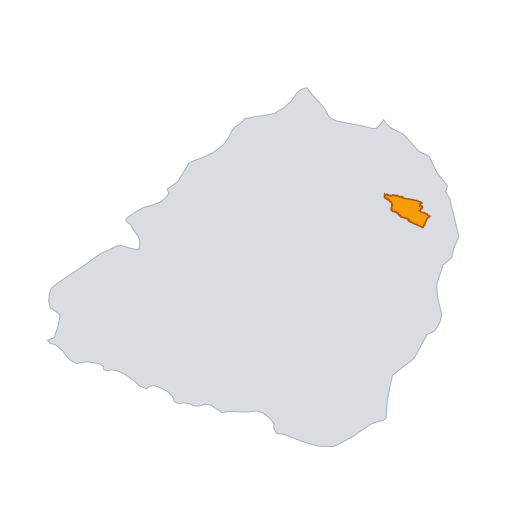 location of Garzon, Maldonado, Uruguay, rotated 281°
{"feature_id": "84410073B70697898104121", "entity_name": "Garzon", "entity_type": "district", "adm_level": 2, "iso_a3": "URY", "parent_name": "Uruguay", "parent_adm1": "Maldonado", "projection": "natural_earth1", "projection_center": [-54.664, -34.23], "detail": "fine", "context": "in_parent", "style": "filled", "palette": "amber", "viewbox_px": 512, "rotation_deg": 281, "n_neighbors": 0, "source": "geoboundaries", "source_scale": "gbopen_adm2", "svg_char_len": 6837}
<svg xmlns="http://www.w3.org/2000/svg" viewBox="0 0 512 512"><g transform="rotate(281 256 256)"><path d="M414.3,355.2L411.1,358.2L407.6,363.9L403.5,377.5L389.7,396.3L386.9,406.9L372.1,417.9L361.8,430.3L355.0,430.0L348.9,435.4L313.7,451.5L301.1,448.5L291.7,448.5L283.0,441.4L263.2,438.8L250.8,441.7L234.1,449.5L229.1,449.4L225.5,449.0L216.5,445.7L211.5,438.8L185.8,430.8L165.0,412.7L140.5,412.3L121.8,414.7L118.9,412.3L117.0,407.7L113.0,400.9L96.7,384.9L83.9,369.0L81.2,353.4L82.8,336.4L86.4,316.2L85.7,309.9L90.3,306.4L95.0,305.6L99.4,300.4L103.4,292.6L104.0,286.6L100.8,275.5L98.5,260.1L95.8,252.4L100.9,240.3L101.0,234.4L98.0,229.2L97.1,223.9L98.4,218.4L98.1,213.2L96.2,208.1L97.6,203.9L102.3,200.6L105.8,195.6L108.1,188.7L109.2,183.5L109.2,179.9L107.8,176.5L104.8,173.4L106.1,167.0L111.7,157.5L115.2,149.1L116.8,141.7L116.7,135.8L114.8,131.3L115.5,128.2L119.0,126.6L120.5,121.8L119.9,110.0L116.2,100.2L118.9,92.4L126.7,83.4L130.7,76.2L131.0,70.7L133.5,67.5L137.3,73.4L148.5,75.0L159.8,75.2L161.6,73.7L165.9,64.0L171.7,61.2L178.1,60.5L185.1,61.0L192.5,67.4L213.5,88.5L228.9,103.2L233.6,110.1L237.6,115.3L240.7,120.1L239.5,132.6L239.7,138.1L240.4,139.7L243.9,139.8L249.1,138.9L253.4,136.2L256.8,132.2L260.2,129.0L262.9,127.2L263.8,124.5L265.4,121.8L267.0,121.2L270.0,123.2L277.2,130.4L282.7,137.0L284.1,140.8L286.3,144.8L288.5,148.2L290.2,151.5L295.5,155.9L301.0,158.7L304.6,155.9L313.9,165.0L334.4,172.6L338.1,177.2L341.6,183.7L348.8,193.6L358.6,202.5L366.6,206.3L374.2,208.4L378.5,210.4L381.4,213.8L386.0,217.5L388.9,218.8L389.9,222.1L392.9,229.3L396.0,238.4L399.4,246.9L406.8,255.0L415.2,261.3L423.8,264.9L428.7,269.3L430.8,273.9L424.9,280.7L418.5,289.3L412.9,296.0L407.1,300.7L405.2,304.0L403.9,309.0L403.9,335.7L403.4,345.6L403.8,348.2L404.6,350.0L408.2,352.6L412.5,354.9L414.3,355.2Z" fill="#d9dde1" stroke="#a8b0b8" stroke-width="1"/><path d="M325.9,382.8L326.0,383.2L325.9,383.3L325.8,383.6L326.0,383.7L325.9,383.8L326.0,383.9L325.9,384.1L325.8,384.7L325.9,384.9L325.7,384.9L325.8,385.1L325.6,385.3L325.9,385.4L325.9,385.6L325.5,385.9L325.3,386.0L325.2,386.3L325.0,386.5L325.1,386.9L325.3,386.9L325.3,387.2L325.1,387.5L324.8,387.5L324.6,387.7L324.2,387.7L323.6,387.9L323.5,388.1L323.6,388.5L323.4,388.8L323.8,389.2L323.6,389.6L323.6,389.8L323.4,389.8L323.2,389.6L322.9,389.7L323.0,389.9L322.8,390.3L322.6,390.5L322.4,390.6L322.3,390.8L322.0,390.9L321.7,391.2L321.8,392.0L322.0,392.2L322.1,392.5L322.1,392.8L322.1,393.0L322.1,393.4L321.9,393.6L321.8,394.0L321.7,394.1L321.7,394.4L321.5,394.5L321.6,395.0L321.8,395.0L321.7,395.6L321.7,395.9L321.7,396.1L321.3,396.8L321.3,397.2L321.6,397.3L321.6,397.5L321.4,397.8L321.4,398.1L321.3,398.4L321.0,398.8L320.9,399.2L320.8,399.5L320.6,399.6L320.4,399.6L320.3,399.4L320.2,399.1L319.9,399.0L319.7,398.7L319.4,399.1L319.4,399.5L319.1,400.0L319.2,400.4L319.1,400.7L319.2,400.9L319.0,401.1L319.1,401.3L318.7,401.6L318.9,402.1L318.7,402.2L318.5,403.1L318.0,404.0L318.2,404.3L317.8,405.1L317.6,405.4L317.6,405.6L317.8,405.8L317.7,406.1L317.7,406.3L317.5,406.7L317.6,407.0L317.5,407.6L317.2,408.3L317.0,409.7L316.8,409.9L316.8,410.5L316.6,410.8L316.4,412.0L316.2,412.4L315.9,412.9L315.8,413.4L316.0,413.5L315.7,414.0L315.8,414.5L316.3,414.8L316.9,414.9L318.2,414.9L318.3,415.0L318.2,415.4L318.4,415.8L319.0,415.8L319.6,415.5L320.2,415.4L321.3,416.0L321.5,416.1L322.8,416.1L323.1,416.4L323.4,416.5L324.3,416.4L326.4,417.7L327.2,418.3L327.7,419.0L328.0,419.1L328.3,419.1L328.4,418.9L328.3,418.1L328.6,418.0L328.7,417.1L328.9,416.8L329.8,416.1L330.0,415.8L329.6,414.9L329.6,414.7L330.2,414.1L330.3,413.7L330.6,413.4L330.8,413.0L330.5,410.9L330.6,410.0L331.2,409.2L331.4,408.5L331.5,408.0L331.4,407.6L331.5,407.5L331.9,408.0L332.1,408.4L333.0,408.9L333.9,408.8L334.0,408.9L334.0,409.4L334.1,409.8L335.1,410.2L335.6,410.3L335.9,410.1L335.9,409.5L336.0,409.5L336.6,409.3L336.9,408.5L336.8,408.2L336.3,407.1L336.6,407.0L337.0,407.4L337.3,407.4L337.5,407.2L337.8,407.3L338.1,407.2L338.5,407.2L338.6,407.5L338.8,407.8L339.0,408.2L339.5,408.9L339.8,408.7L339.8,408.4L340.0,408.0L340.2,407.8L340.4,407.7L340.4,407.4L340.2,407.1L340.3,406.7L340.6,406.6L340.5,406.1L340.7,405.4L340.7,405.2L340.8,405.1L340.9,404.8L341.0,403.9L341.0,403.7L340.9,403.5L340.9,403.4L341.0,403.4L341.0,402.7L341.1,402.4L340.9,402.0L341.1,401.4L340.9,401.0L341.0,400.8L341.1,400.3L341.1,399.7L340.9,399.4L341.2,398.4L341.1,398.1L341.1,397.7L341.0,397.3L341.1,396.2L340.8,395.7L340.8,395.4L341.1,395.1L341.2,394.7L341.1,394.4L340.9,393.7L340.8,393.3L340.9,392.5L340.8,391.9L340.8,391.6L341.0,391.5L341.0,391.2L340.9,391.0L341.0,390.6L340.9,390.4L340.8,390.2L340.7,389.7L340.8,389.6L341.0,389.4L341.1,389.0L341.2,388.7L341.5,388.7L342.0,388.8L342.2,388.5L342.0,388.1L342.0,387.8L341.9,387.7L341.5,387.5L341.4,387.1L342.0,386.7L341.8,386.2L341.5,385.9L341.3,385.6L341.2,385.6L341.3,385.2L341.6,385.2L341.6,384.9L341.8,384.5L341.7,384.2L341.8,384.4L342.0,384.3L342.0,383.9L342.1,383.5L342.4,383.3L342.4,383.1L342.4,382.8L342.4,382.5L342.2,382.2L341.9,382.2L341.6,381.8L341.5,381.4L341.8,381.0L342.0,380.9L341.7,380.4L341.9,380.2L341.8,379.8L342.1,379.6L342.2,379.4L342.1,379.2L342.1,378.9L341.9,378.6L341.8,378.3L341.2,377.9L340.9,377.8L340.5,377.3L340.6,376.8L340.8,376.5L340.8,376.3L341.0,376.2L340.9,376.1L340.9,375.8L340.8,375.7L340.8,375.3L341.0,375.1L341.1,374.9L340.9,374.4L341.1,374.5L341.3,374.2L341.1,374.0L341.2,373.7L341.3,373.6L341.2,373.5L341.3,373.3L341.0,373.2L340.9,373.0L341.0,372.8L341.2,372.5L341.2,372.3L341.1,372.2L341.3,372.1L341.2,372.0L341.2,371.7L341.0,371.2L341.0,370.9L341.0,370.6L341.2,370.4L340.8,370.4L340.8,370.5L340.8,370.8L340.5,370.9L340.0,370.8L339.9,371.1L339.7,370.9L339.5,370.7L339.2,370.6L338.8,371.0L338.5,370.8L338.4,371.1L338.1,371.0L337.5,371.5L337.4,371.7L337.5,372.0L337.4,372.2L337.5,372.3L337.4,372.5L337.5,372.6L337.5,372.8L337.1,372.9L337.0,373.2L336.8,373.2L336.7,373.3L336.8,373.6L337.0,373.7L337.0,373.8L336.9,374.0L337.1,374.2L336.9,374.5L336.7,374.8L336.8,374.8L336.8,375.3L337.1,375.4L337.0,375.7L336.9,375.7L336.7,375.9L336.6,376.0L336.4,375.8L336.4,376.0L336.1,376.0L335.8,376.6L335.6,376.6L335.4,376.8L335.3,377.0L335.2,377.1L334.9,377.0L334.9,377.4L335.0,377.7L334.9,377.8L334.7,378.0L334.9,378.3L334.7,378.7L334.6,378.8L334.5,379.0L334.1,379.0L333.7,379.2L333.4,379.1L333.2,379.2L333.1,379.4L333.0,379.7L332.9,379.9L332.6,380.1L332.3,379.7L332.2,379.9L331.9,379.9L331.6,379.7L331.2,379.9L331.2,380.0L330.6,380.3L330.4,380.2L330.2,379.8L329.9,379.8L329.7,379.7L329.3,379.6L329.1,379.6L328.9,379.4L328.7,379.5L328.8,379.6L328.6,380.0L328.4,380.0L328.6,380.1L328.4,380.2L328.3,380.3L328.2,380.2L328.0,379.9L327.7,379.8L327.4,379.9L327.3,380.2L327.2,380.1L327.1,380.3L326.8,380.3L326.9,380.5L327.0,380.5L327.0,380.8L326.8,380.8L326.7,380.8L326.4,380.8L326.2,381.3L325.9,381.6L325.9,381.8L326.1,382.0L325.9,382.8Z" fill="#f59e0b" stroke="#b45309" stroke-width="1.5"/></g></svg>